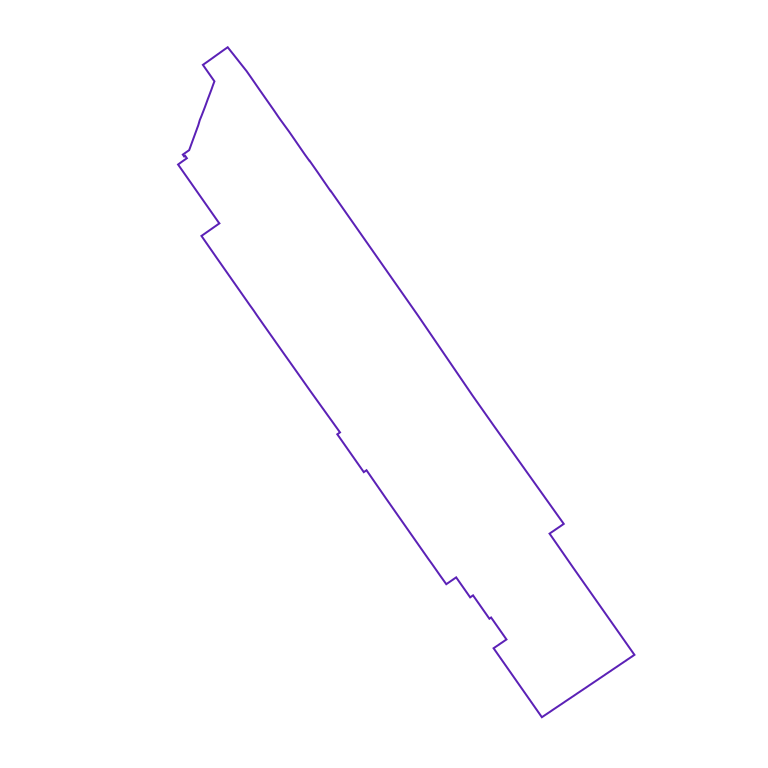 Kalgoorlie-Boulder, Western Australia, Australia (Robinson projection), rotated 55°
{"feature_id": "25037944B94303413523862", "entity_name": "Kalgoorlie-Boulder", "entity_type": "district", "adm_level": 2, "iso_a3": "AUS", "parent_name": "Australia", "parent_adm1": "Western Australia", "projection": "robinson", "projection_center": [123.082, -30.776], "detail": "fine", "context": "isolated", "style": "outline", "palette": "violet", "viewbox_px": 768, "rotation_deg": 55, "n_neighbors": 0, "source": "geoboundaries", "source_scale": "gbopen_adm2", "svg_char_len": 1736}
<svg xmlns="http://www.w3.org/2000/svg" viewBox="0 0 768 768"><g transform="rotate(55 384 384)"><path d="M749.5,334.2L643.4,334.4L601.5,334.2L601.7,317.0L480.8,318.0L444.1,318.1L347.1,316.9L346.3,316.9L256.6,316.9L223.8,316.9L211.8,316.9L195.2,316.9L195.2,317.1L181.9,317.0L173.1,316.9L163.0,316.9L158.5,316.9L158.5,317.1L150.7,317.2L122.9,317.0L107.9,317.3L104.1,317.3L97.2,317.2L85.6,317.2L71.5,317.2L57.3,317.1L53.7,317.1L50.0,317.1L48.8,317.1L45.7,317.3L30.0,318.2L18.5,318.9L18.5,325.5L18.7,344.1L18.7,346.8L18.7,348.7L18.7,349.3L25.0,349.3L26.0,349.3L28.0,349.3L31.0,349.3L32.2,349.3L37.2,349.3L38.8,349.3L41.2,352.8L43.7,356.3L48.9,363.9L49.0,364.1L52.3,368.8L54.4,371.8L59.7,379.7L62.2,383.6L65.1,387.2L65.4,387.6L65.5,387.7L65.7,388.0L66.0,388.4L66.3,388.8L66.4,389.0L67.7,390.9L68.3,391.7L68.7,392.3L77.5,404.9L79.4,407.6L80.7,409.5L80.7,412.5L80.7,414.8L80.7,417.2L83.0,417.2L83.0,416.0L85.6,416.0L86.0,416.0L86.0,421.8L86.1,426.8L87.6,426.8L88.4,426.8L90.5,426.8L93.1,426.8L94.6,426.8L95.8,426.8L97.2,426.8L98.5,426.8L99.9,426.8L101.2,426.8L102.1,426.8L103.5,426.8L104.9,426.8L112.8,426.8L122.8,426.8L132.1,426.8L140.0,426.8L144.2,426.8L149.8,426.8L153.5,426.8L156.3,426.8L158.0,426.7L158.0,448.6L184.7,448.7L196.4,448.7L212.4,448.7L242.4,448.7L248.9,448.6L254.4,448.7L258.1,448.7L263.5,448.7L266.8,448.7L301.7,448.6L318.6,448.5L347.2,448.4L364.5,448.2L398.4,447.8L398.4,451.1L444.6,451.1L444.6,447.8L479.6,448.0L479.9,448.0L500.7,448.0L530.6,448.0L552.6,448.0L559.1,447.9L573.4,447.9L583.7,447.8L583.8,435.8L608.2,435.8L608.2,432.3L611.9,432.3L615.2,432.3L636.7,432.3L636.7,430.2L644.9,430.2L653.1,430.2L663.5,430.2L663.3,445.8L747.5,445.8L748.7,382.7L749.5,334.2Z" fill="none" stroke="#5b21b6" stroke-width="2"/></g></svg>